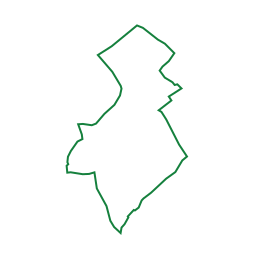 outline of Artane-Whitehall Lea-6, Dublin, Ireland, rotated 123°
{"feature_id": "5873133B65902327619724", "entity_name": "Artane-Whitehall Lea-6", "entity_type": "district", "adm_level": 2, "iso_a3": "IRL", "parent_name": "Ireland", "parent_adm1": "Dublin", "projection": "albers", "projection_center": [-6.218, 53.392], "detail": "fine", "context": "isolated", "style": "outline", "palette": "green", "viewbox_px": 256, "rotation_deg": 123, "n_neighbors": 0, "source": "geoboundaries", "source_scale": "gbopen_adm2", "svg_char_len": 893}
<svg xmlns="http://www.w3.org/2000/svg" viewBox="0 0 256 256"><g transform="rotate(123 128 128)"><path d="M220.1,77.0L215.0,79.2L210.6,78.5L202.8,79.0L202.3,80.0L193.6,78.5L193.4,77.3L188.9,75.7L181.3,77.1L178.6,76.6L169.7,73.4L149.7,68.4L139.2,64.3L125.6,64.8L119.8,63.0L114.1,76.1L100.0,100.6L96.3,108.7L96.4,111.9L81.3,106.6L79.4,110.9L65.7,104.7L64.5,110.4L66.5,112.3L65.4,115.6L65.7,124.6L62.6,132.7L57.7,132.5L49.7,130.2L40.0,129.9L37.2,143.0L37.6,151.1L35.9,170.1L37.1,176.3L68.3,186.2L83.2,193.0L89.4,171.8L96.6,157.1L98.5,154.9L105.1,152.4L116.0,152.0L129.0,155.5L141.7,157.2L145.4,159.9L149.2,168.1L152.0,171.8L158.5,163.3L162.1,160.2L166.9,163.0L178.4,163.4L184.8,162.7L189.7,160.2L190.9,158.4L193.1,158.9L198.5,154.6L196.4,152.0L191.4,140.8L187.7,135.6L183.5,132.0L195.7,121.2L205.2,103.5L215.4,92.3L218.6,85.7L220.1,77.0Z" fill="none" stroke="#15803d" stroke-width="2"/></g></svg>